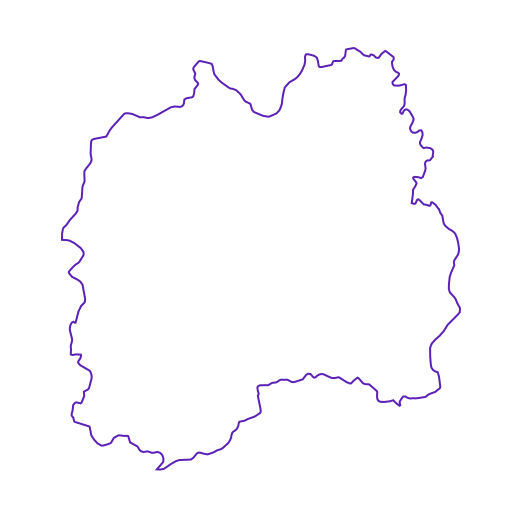 outline of Quy Hop, Nghệ An, Vietnam, rotated 353°
{"feature_id": "81297802B66096195927531", "entity_name": "Quy Hop", "entity_type": "district", "adm_level": 2, "iso_a3": "VNM", "parent_name": "Vietnam", "parent_adm1": "Nghệ An", "projection": "natural_earth1", "projection_center": [105.167, 19.322], "detail": "fine", "context": "isolated", "style": "outline", "palette": "violet", "viewbox_px": 512, "rotation_deg": 353, "n_neighbors": 0, "source": "geoboundaries", "source_scale": "gbopen_adm2", "svg_char_len": 5962}
<svg xmlns="http://www.w3.org/2000/svg" viewBox="0 0 512 512"><g transform="rotate(353 256 256)"><path d="M169.4,448.5L173.1,444.9L174.8,444.2L176.4,444.3L181.2,446.3L183.9,447.0L189.7,445.8L193.9,444.1L197.5,443.5L199.2,442.8L204.7,439.0L206.5,437.4L209.2,433.4L209.7,431.1L210.9,428.5L212.2,427.5L214.4,426.4L216.1,425.1L217.7,422.4L218.6,419.6L219.3,418.5L224.9,418.0L228.1,416.8L235.2,415.2L240.8,412.4L241.6,411.4L241.9,409.2L240.8,395.0L241.7,393.6L241.9,392.5L241.4,390.2L241.3,386.8L242.2,385.5L244.2,384.8L252.4,385.7L256.4,383.9L260.9,383.9L264.1,382.2L266.3,381.8L267.8,382.2L272.0,382.6L276.3,385.5L278.8,385.8L287.4,384.1L291.3,380.1L293.1,379.2L295.7,379.8L298.0,383.1L299.0,383.8L300.2,383.7L302.3,382.2L304.0,381.5L305.3,381.2L307.2,381.2L308.7,381.7L315.9,386.1L317.2,386.5L319.5,386.7L323.1,386.4L323.8,386.7L330.5,392.2L333.7,394.0L334.9,394.0L338.1,391.4L341.9,389.1L342.8,389.7L344.2,391.6L346.6,395.3L348.8,396.5L352.7,397.2L359.5,404.8L359.7,406.0L359.0,410.3L359.0,412.6L359.3,413.6L360.2,415.0L361.8,415.9L365.6,416.5L371.5,416.5L374.6,415.9L377.2,419.2L380.1,422.1L381.0,421.7L380.7,418.8L381.0,417.9L383.6,414.6L385.0,413.4L387.0,413.6L388.8,415.0L391.4,416.2L394.7,416.3L397.3,416.8L406.5,416.6L407.6,416.3L409.4,415.0L411.4,414.1L417.4,412.7L422.5,409.5L423.0,408.1L422.9,397.8L422.2,393.5L419.8,392.4L418.0,390.8L416.8,388.8L416.4,387.4L416.3,385.2L416.6,377.3L417.6,368.5L418.9,365.7L420.4,363.7L424.1,360.6L428.5,357.6L433.2,353.4L437.8,347.7L449.0,338.9L451.3,336.8L452.1,333.1L451.8,331.7L450.1,327.6L449.0,323.6L448.0,321.3L443.9,315.7L443.4,312.0L444.0,307.8L445.7,300.3L447.5,296.5L451.7,289.4L451.6,286.7L452.3,284.5L456.4,279.6L457.7,277.0L458.4,273.7L458.3,268.0L457.8,263.0L456.5,258.3L455.3,256.5L453.1,254.3L451.0,252.9L448.2,249.9L446.8,247.8L446.2,245.8L445.8,238.6L444.2,235.7L443.3,231.7L442.7,231.2L440.6,227.3L437.9,224.5L437.1,224.1L436.3,224.3L435.4,226.8L434.5,227.3L433.9,227.3L432.2,226.2L428.8,225.2L425.4,220.8L424.0,219.5L423.3,219.6L422.7,220.0L420.6,223.4L419.5,223.6L417.0,222.5L419.3,213.7L419.9,209.6L423.0,205.6L424.3,203.3L423.5,201.5L422.0,199.3L421.5,198.1L421.5,197.4L422.0,197.0L423.2,196.8L426.8,197.6L429.4,198.8L431.2,197.9L434.2,192.2L435.0,189.9L435.0,184.8L435.9,183.0L436.9,182.3L437.9,182.0L439.4,182.3L440.6,181.9L443.8,178.7L443.6,177.9L444.5,174.9L444.6,173.6L444.2,172.1L442.2,170.2L438.5,169.1L435.6,169.3L434.8,168.7L432.9,165.9L432.5,164.4L432.7,162.8L434.5,159.8L436.1,156.4L436.2,153.3L435.3,151.4L434.1,151.2L432.8,151.6L431.1,152.7L429.0,153.1L426.9,152.7L425.5,151.4L424.6,149.5L424.4,147.9L425.0,146.4L427.6,142.7L429.0,139.9L429.1,138.7L428.5,136.8L426.2,131.4L425.0,129.9L423.8,129.0L422.3,128.8L421.1,129.3L420.1,130.3L418.8,132.5L417.9,132.6L416.6,131.1L416.9,129.5L417.8,128.2L420.9,125.5L421.8,124.0L422.2,122.1L422.6,118.0L424.2,113.8L425.2,109.9L425.6,105.1L425.5,104.2L424.3,103.6L419.4,104.3L417.6,104.2L414.0,103.6L413.0,102.6L412.6,101.6L412.7,99.9L418.9,94.9L419.9,93.7L420.1,92.5L419.7,91.7L417.0,89.9L415.8,88.3L415.0,86.3L414.6,84.4L414.5,81.0L414.8,79.6L416.4,77.9L416.8,77.0L416.8,75.4L410.4,69.0L409.3,68.2L405.1,70.7L402.0,74.2L400.4,74.1L399.1,73.5L397.2,71.1L395.2,70.1L394.2,70.1L393.1,71.6L392.7,71.8L387.9,70.0L386.2,68.4L384.9,66.4L379.2,61.8L378.1,61.5L371.4,61.9L370.7,62.0L370.2,62.8L368.9,68.2L367.4,70.0L366.3,70.4L364.3,72.7L357.3,72.0L356.2,72.4L354.7,75.1L353.8,75.6L344.5,76.4L342.5,76.3L341.7,75.7L341.4,75.0L341.2,69.9L340.7,67.0L339.9,65.8L337.9,64.3L334.3,62.8L332.0,62.0L330.3,62.0L329.5,62.9L328.9,64.4L328.6,68.4L327.4,72.2L324.0,77.9L321.6,80.9L319.1,83.3L316.5,85.0L310.4,87.6L306.1,91.3L305.0,92.5L303.6,96.0L301.4,103.0L300.2,108.2L297.9,112.9L296.5,114.7L293.5,117.1L286.3,119.2L284.9,119.2L280.0,117.7L271.6,112.9L270.0,110.6L269.0,104.7L268.6,104.0L264.7,101.6L263.7,100.5L263.0,99.4L260.5,93.8L259.8,92.8L256.4,88.9L253.2,87.2L250.9,86.6L249.3,85.4L243.1,79.7L240.3,76.5L236.8,70.5L236.4,67.5L236.1,62.0L235.4,59.9L232.3,58.5L224.4,55.7L223.5,55.7L222.6,56.1L217.2,61.1L216.5,62.4L216.7,63.9L218.0,67.6L216.6,71.0L216.7,73.0L217.1,74.1L219.4,77.1L219.5,78.3L218.4,79.8L215.3,82.8L214.6,86.3L213.4,89.5L212.6,90.3L211.7,90.7L206.5,90.9L204.0,91.9L203.0,95.8L202.3,97.2L200.9,98.3L199.0,98.8L193.5,97.7L189.7,98.0L175.8,103.7L170.1,105.6L168.1,105.9L165.5,105.9L161.3,104.5L158.5,104.3L157.1,103.8L150.4,99.9L146.3,98.7L143.4,98.5L142.2,99.1L128.9,110.6L126.2,113.4L122.0,119.2L109.4,120.1L107.6,120.6L106.9,121.4L106.4,122.3L105.9,124.2L104.3,134.5L104.6,139.9L104.3,141.3L102.9,143.7L97.6,148.9L96.0,151.0L95.6,153.8L95.0,160.8L92.2,166.2L90.0,177.5L86.9,181.0L85.0,185.8L84.3,189.4L82.0,192.2L75.7,197.5L71.5,202.2L68.5,204.4L67.6,205.8L66.3,209.9L65.4,216.3L69.8,217.1L72.8,218.0L77.3,221.1L83.1,226.9L85.2,230.8L85.2,232.9L84.9,234.1L80.2,240.0L79.1,241.0L75.8,242.6L72.4,245.1L68.6,248.5L68.2,249.2L68.4,250.4L70.9,254.3L76.5,258.1L78.6,260.2L80.3,263.4L81.2,277.8L80.6,280.5L80.0,281.4L76.4,284.2L73.1,289.3L68.8,300.2L68.1,300.2L66.6,299.0L65.1,299.6L63.5,301.8L62.7,304.0L62.3,305.6L62.3,307.9L63.2,314.6L63.3,316.6L63.1,317.8L61.1,322.8L61.0,326.3L60.2,330.7L60.3,331.2L61.7,331.9L65.2,331.7L70.2,332.6L70.2,333.8L69.4,335.8L66.5,339.3L66.6,340.5L68.3,343.0L76.9,349.6L77.5,350.4L78.2,353.8L78.2,356.1L77.7,358.0L74.1,366.9L73.1,367.9L68.6,369.7L68.5,373.9L65.0,380.3L63.9,380.9L60.3,379.5L59.1,379.5L58.4,379.7L56.3,381.8L55.1,387.1L53.8,390.2L53.6,391.9L55.0,394.4L55.3,397.6L56.0,398.6L69.8,404.9L70.1,405.6L70.7,413.8L72.8,418.4L75.8,422.6L79.6,425.4L81.2,425.5L86.1,424.8L88.9,424.0L90.0,422.9L92.7,419.2L97.4,417.3L99.0,417.4L102.6,418.4L106.2,418.8L107.1,419.1L107.3,419.6L108.3,425.6L115.1,430.6L116.9,434.5L117.9,435.7L120.4,436.8L124.7,436.7L128.8,438.7L131.0,438.8L134.1,438.4L136.8,439.7L138.3,441.5L139.0,443.0L139.4,446.0L139.0,448.4L138.3,449.6L131.6,455.7L134.9,456.3L138.7,456.0L146.0,452.2L151.7,449.8L155.2,449.2L166.7,450.1L169.4,448.5Z" fill="none" stroke="#5b21b6" stroke-width="2"/></g></svg>